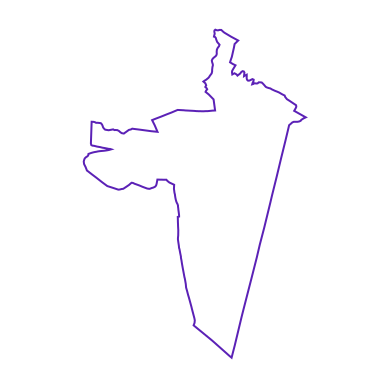 Kikuyu, Central, Kenya (orthographic projection), rotated 273°
{"feature_id": "3690345B86705577908989", "entity_name": "Kikuyu", "entity_type": "district", "adm_level": 2, "iso_a3": "KEN", "parent_name": "Kenya", "parent_adm1": "Central", "projection": "orthographic", "projection_center": [36.645, -1.233], "detail": "fine", "context": "isolated", "style": "outline", "palette": "violet", "viewbox_px": 384, "rotation_deg": 273, "n_neighbors": 0, "source": "geoboundaries", "source_scale": "gbopen_adm2", "svg_char_len": 4093}
<svg xmlns="http://www.w3.org/2000/svg" viewBox="0 0 384 384"><g transform="rotate(273 192 192)"><path d="M345.7,230.2L349.1,223.0L352.8,216.0L353.8,214.6L354.6,213.7L355.4,212.7L355.3,210.8L354.8,209.7L354.8,208.4L355.3,206.8L354.5,206.0L353.3,205.9L351.2,206.4L349.5,206.0L348.3,205.8L348.0,206.9L347.1,207.7L345.8,208.1L343.3,209.2L342.3,210.1L340.5,211.8L338.9,211.3L337.4,210.2L335.5,209.4L333.3,209.3L331.3,209.5L330.2,209.3L329.1,208.7L327.9,207.4L327.0,206.4L325.7,205.4L324.3,204.9L323.0,205.2L320.6,206.1L319.3,206.2L318.1,205.9L316.6,205.8L315.1,205.7L313.4,205.8L311.4,205.4L309.8,204.3L308.9,203.7L307.9,203.2L306.8,202.4L306.0,201.5L304.9,200.3L303.8,198.7L302.9,197.6L301.3,199.6L299.3,200.6L297.6,199.8L296.6,201.0L295.4,201.8L294.0,200.8L292.7,200.3L290.3,203.6L285.6,208.7L274.6,210.8L274.3,208.0L273.6,203.6L273.5,201.8L273.2,199.1L273.0,192.6L273.1,190.0L273.1,185.1L273.1,181.1L273.2,179.5L273.2,175.3L273.2,173.4L272.7,172.3L270.3,167.4L269.6,165.8L268.3,162.9L265.7,157.3L263.0,151.2L261.7,148.4L256.8,151.2L250.3,154.4L250.6,147.9L251.0,143.1L251.5,137.0L251.7,134.3L251.9,131.3L252.1,129.0L251.3,127.8L250.7,125.7L248.5,123.0L247.8,122.1L246.8,120.9L247.1,118.7L248.1,117.1L249.1,115.9L249.9,114.2L249.9,112.5L249.8,111.2L250.4,110.0L249.3,105.5L249.7,102.0L251.0,100.5L252.2,99.7L253.3,99.3L254.7,98.6L256.0,97.3L256.2,94.1L256.1,92.5L256.6,91.5L256.9,90.1L256.9,88.1L235.1,88.5L233.6,89.0L233.1,90.1L233.0,91.7L232.7,93.3L232.4,94.7L232.2,96.4L232.0,98.1L231.6,100.0L231.3,102.6L230.9,105.4L230.7,106.6L230.7,108.0L230.4,109.1L229.6,106.8L229.0,104.2L228.6,102.1L228.0,97.9L227.6,95.9L227.2,94.5L226.8,92.7L226.4,91.3L225.8,89.5L224.6,86.6L223.0,86.4L222.1,85.6L221.2,84.3L219.9,83.1L218.3,82.6L216.8,82.3L215.6,82.5L214.2,82.8L212.6,83.7L211.6,84.3L210.5,84.8L209.0,85.5L208.0,85.9L204.2,91.4L201.3,95.7L197.0,101.8L193.5,107.1L192.0,112.8L190.5,118.3L190.7,119.7L191.3,121.6L191.6,123.2L193.6,125.9L195.8,128.8L197.4,130.4L198.1,131.3L197.9,132.7L197.2,134.3L196.8,135.7L196.5,136.7L195.7,139.3L194.7,142.0L194.1,143.9L193.6,145.5L193.1,147.1L192.9,149.2L193.2,150.2L193.8,151.4L194.3,152.9L194.8,153.9L195.4,154.9L196.6,155.8L198.2,156.2L202.6,156.8L202.7,161.0L202.9,165.8L202.1,166.5L201.3,167.5L200.3,168.9L198.3,173.8L197.2,173.8L195.9,173.8L194.2,173.8L192.2,174.2L190.5,174.5L188.5,175.1L187.3,175.3L185.4,175.7L183.5,176.2L181.7,176.8L180.4,177.4L179.3,178.1L177.8,178.7L176.6,178.8L175.1,179.1L173.7,179.3L171.6,179.7L170.0,180.0L168.2,180.3L166.8,180.4L166.4,179.1L165.3,179.2L162.7,179.4L161.3,179.5L159.3,179.7L156.8,179.9L153.1,180.3L150.7,180.4L147.9,180.5L145.8,180.4L144.2,180.4L142.0,180.8L137.6,181.7L135.5,182.0L134.2,182.5L130.0,183.5L127.0,184.3L125.7,184.4L123.0,185.1L119.6,185.8L114.9,186.9L110.8,187.9L106.6,188.9L105.4,189.3L104.2,189.6L99.8,190.6L96.3,191.1L92.8,192.3L89.0,193.5L86.5,194.4L83.8,195.3L76.8,197.6L75.7,197.9L66.0,201.0L64.0,201.5L61.5,201.4L58.9,200.6L44.7,219.9L30.5,237.7L28.6,240.2L40.9,242.7L69.5,248.0L76.6,249.4L101.4,254.4L107.3,255.6L129.9,260.1L143.2,262.5L160.2,266.0L185.6,270.8L189.5,271.5L193.3,272.2L211.9,275.8L230.8,279.3L248.0,282.6L263.8,285.5L265.1,286.9L266.7,288.5L267.4,289.9L267.6,293.6L268.1,295.5L268.8,296.8L269.8,297.4L271.3,299.5L272.5,301.7L278.4,289.8L281.2,291.2L282.6,291.7L284.1,291.4L288.3,284.4L289.7,281.9L291.9,280.0L293.2,279.5L293.9,277.8L294.5,276.5L295.4,274.8L296.0,273.6L296.8,271.4L297.3,269.8L298.7,266.3L299.5,264.9L299.8,263.3L300.3,261.4L300.9,260.1L302.4,258.7L303.9,257.2L305.0,255.9L305.1,254.2L305.0,252.9L303.9,251.8L303.7,250.4L303.9,248.8L303.1,247.6L302.7,246.5L304.4,246.9L305.8,247.6L307.4,247.7L307.9,246.4L306.3,243.6L306.1,242.2L307.1,241.0L308.7,240.6L310.3,240.6L312.0,240.5L311.1,238.9L310.4,237.9L312.6,238.0L314.1,238.1L315.1,237.4L315.3,236.1L314.1,234.7L312.9,234.0L310.6,231.3L311.7,230.4L312.8,228.2L312.2,227.2L311.5,226.1L313.4,225.7L314.8,225.7L316.4,226.4L320.8,228.8L321.3,227.6L321.8,226.4L323.5,223.2L324.7,223.5L326.3,223.9L329.0,224.7L338.3,226.3L342.0,226.8L344.2,228.8L345.7,230.2Z" fill="none" stroke="#5b21b6" stroke-width="2"/></g></svg>